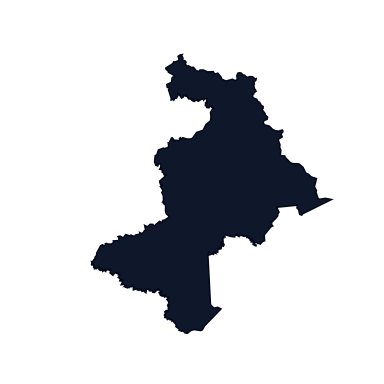 Caucasia, Antioquia, Colombia (orthographic projection), rotated 64°
{"feature_id": "7082276B49158804939428", "entity_name": "Caucasia", "entity_type": "district", "adm_level": 2, "iso_a3": "COL", "parent_name": "Colombia", "parent_adm1": "Antioquia", "projection": "orthographic", "projection_center": [-75.012, 7.838], "detail": "fine", "context": "isolated", "style": "filled", "palette": "ink", "viewbox_px": 384, "rotation_deg": 64, "n_neighbors": 0, "source": "geoboundaries", "source_scale": "gbopen_adm2", "svg_char_len": 6057}
<svg xmlns="http://www.w3.org/2000/svg" viewBox="0 0 384 384"><g transform="rotate(64 192 192)"><path d="M320.4,244.9L320.4,243.1L317.8,239.3L309.8,217.2L306.9,219.5L305.9,223.3L301.4,224.8L255.3,205.2L254.4,204.1L256.1,204.6L256.5,200.9L257.9,199.7L256.5,200.0L256.1,199.1L257.6,197.5L256.7,197.6L256.4,196.7L257.4,195.3L254.2,193.6L255.2,193.0L253.9,191.1L255.4,191.8L255.8,191.0L253.4,188.6L254.9,187.2L254.1,187.5L253.6,186.3L252.2,186.3L251.3,188.7L250.3,188.9L249.9,188.1L250.7,186.0L246.7,184.3L247.1,183.5L246.1,183.0L246.8,182.1L245.5,182.0L245.1,180.6L248.4,177.3L251.1,173.4L249.9,172.4L250.4,170.8L249.7,170.9L249.7,169.9L250.7,170.5L252.7,169.2L251.9,168.5L253.2,165.7L254.2,165.3L254.3,163.8L255.6,164.0L254.0,163.0L255.4,161.8L256.8,162.8L258.0,160.4L258.4,161.2L259.6,160.7L260.6,159.1L260.9,160.6L262.0,159.7L262.7,160.7L263.2,160.0L262.4,158.8L262.7,157.9L266.0,160.1L268.5,158.2L267.8,157.6L266.1,159.1L265.1,157.4L265.6,155.9L267.0,155.6L268.0,153.7L268.8,153.6L267.4,150.0L267.7,148.1L262.4,146.0L257.9,136.5L257.9,134.3L256.7,134.8L255.8,134.3L255.2,135.2L253.8,134.1L254.2,133.4L253.1,130.6L252.5,130.8L252.8,129.2L251.0,125.4L249.2,124.4L248.3,122.6L242.8,122.6L250.1,103.0L252.3,104.7L254.6,103.9L259.3,105.0L260.9,103.6L260.1,102.1L259.9,69.9L256.1,75.0L254.5,80.4L253.2,81.6L246.3,80.6L245.3,79.5L241.0,79.7L234.5,74.2L230.7,78.2L226.8,79.7L224.6,81.5L218.5,81.4L213.7,83.5L210.7,88.9L208.9,90.7L201.6,93.1L200.3,92.8L198.0,96.6L193.1,93.7L190.8,93.8L188.0,92.2L182.5,91.6L182.0,86.7L179.0,86.7L177.9,84.1L176.9,83.5L175.8,83.7L175.3,87.5L173.3,90.4L170.9,92.2L166.7,93.6L163.8,97.0L161.9,97.7L160.6,97.4L159.4,96.0L159.6,92.6L157.8,91.2L154.8,92.4L153.3,91.9L149.4,92.8L148.3,92.6L148.1,91.6L146.4,90.5L144.5,91.8L141.1,91.9L139.5,93.1L137.1,93.1L134.3,95.6L132.8,95.7L130.5,94.2L130.9,93.5L130.0,93.0L129.5,90.2L126.2,90.5L123.3,89.8L122.1,88.5L120.5,88.3L119.5,85.6L118.2,84.6L118.1,85.6L114.9,87.2L113.5,89.6L113.4,91.7L112.1,92.9L110.0,93.5L109.2,94.8L106.7,95.6L105.7,96.8L105.3,98.8L107.2,100.8L110.4,101.8L110.9,102.8L110.7,104.5L108.4,106.2L107.1,112.9L103.6,115.8L101.6,115.5L96.5,116.7L95.9,120.0L93.1,120.1L90.9,125.3L87.2,128.4L85.9,131.4L86.6,132.8L85.0,135.0L80.5,136.0L79.8,138.0L77.1,139.7L76.9,140.9L74.2,142.2L72.9,140.5L71.4,140.6L68.8,142.8L67.8,141.4L64.6,141.4L64.2,140.6L63.6,142.3L63.9,145.0L67.4,145.7L68.0,146.8L67.7,150.5L66.9,151.2L68.2,153.1L69.1,161.2L70.5,161.5L72.5,160.4L74.0,160.7L79.5,156.9L80.9,157.0L80.3,158.8L80.8,160.0L84.4,162.2L84.3,167.6L87.2,168.4L87.7,167.0L88.6,166.9L89.7,168.3L98.8,169.6L100.1,170.5L100.6,168.3L101.5,168.1L100.2,166.4L100.8,164.6L99.0,162.2L97.5,161.8L98.5,160.8L103.0,160.3L102.8,158.2L101.7,157.0L103.4,155.3L102.3,154.5L106.9,154.2L107.6,152.7L108.9,152.0L108.3,151.5L110.1,150.7L110.1,151.5L111.6,150.4L111.0,146.8L112.1,147.4L113.2,146.5L112.7,142.4L113.5,141.2L114.5,141.3L113.7,139.8L114.4,138.4L116.0,138.2L116.8,139.2L118.3,139.4L117.8,140.7L120.3,142.2L121.0,141.4L122.6,141.7L123.8,139.7L122.6,137.2L123.0,136.6L124.6,137.1L125.7,136.2L128.6,140.5L132.4,141.8L136.2,144.2L137.4,149.7L141.4,155.0L140.5,161.7L143.9,168.0L143.8,169.9L142.2,173.3L139.2,176.5L139.6,178.4L138.1,178.7L138.5,179.8L139.3,179.4L140.2,180.7L138.0,184.6L138.2,185.4L134.7,185.9L134.5,186.8L137.7,190.8L137.3,191.8L141.0,193.0L141.4,195.0L140.9,197.8L140.0,198.4L139.5,203.8L143.1,207.2L143.2,209.2L148.6,212.5L152.0,212.8L153.6,211.4L152.1,209.9L153.3,207.6L156.4,209.5L157.4,211.1L159.0,209.0L161.3,210.1L161.9,209.3L164.5,209.5L165.7,207.8L168.0,216.2L169.0,216.7L171.8,217.0L173.0,215.9L173.2,218.0L177.9,217.3L179.2,219.4L182.8,219.4L187.2,221.4L188.1,222.8L188.6,221.9L189.7,222.7L192.3,221.5L197.1,224.0L200.1,224.7L204.3,223.1L205.3,228.6L204.7,230.9L206.6,232.2L204.2,234.0L205.4,239.1L206.5,240.9L203.9,241.4L202.7,243.7L203.7,247.4L201.2,249.2L206.1,250.4L205.8,251.5L207.3,254.0L207.1,255.6L205.6,256.7L207.0,256.9L205.9,261.7L206.8,263.3L204.0,265.6L204.7,266.6L201.2,270.2L203.1,274.0L200.1,275.9L199.6,278.1L202.1,277.9L203.8,280.1L202.9,280.6L201.6,283.8L201.5,284.3L203.1,284.5L203.4,287.5L201.5,291.0L200.8,291.2L200.5,292.6L201.7,293.1L202.0,294.6L200.2,295.5L200.2,297.6L205.0,304.3L207.2,305.6L208.0,307.7L210.0,308.6L209.5,309.1L211.1,312.2L210.6,312.8L212.1,312.9L213.6,311.9L212.3,313.4L213.1,314.1L213.8,314.0L214.3,312.7L215.5,312.4L216.5,313.4L217.4,312.9L218.2,313.4L218.9,311.7L218.4,311.3L218.9,310.8L218.5,308.7L221.0,309.6L222.3,308.8L222.0,307.7L223.3,307.2L222.8,306.8L224.2,307.0L223.6,304.4L224.5,305.0L225.6,304.4L224.6,303.6L225.5,299.8L226.2,300.4L226.7,299.5L228.7,301.1L232.2,299.6L230.8,296.7L232.1,295.3L231.4,295.4L232.4,294.1L231.9,293.9L232.2,293.2L234.2,294.5L234.5,293.2L235.4,293.3L236.5,295.8L240.2,293.3L239.4,295.1L240.2,295.9L241.3,294.1L242.5,293.9L244.3,296.3L245.1,293.7L246.7,293.1L247.0,293.8L247.2,292.5L248.2,292.9L247.3,293.7L248.2,293.8L250.0,291.8L249.4,291.3L250.0,290.2L249.4,290.1L250.2,290.0L249.7,289.3L250.6,288.0L250.1,287.0L251.2,285.7L251.9,285.4L251.6,286.5L254.3,287.6L254.9,283.4L256.4,284.5L255.8,283.3L257.2,282.8L256.6,281.6L257.8,281.0L257.5,280.5L258.2,280.7L258.2,279.9L259.3,280.4L259.6,278.9L262.4,277.6L260.0,275.9L259.2,276.4L260.0,274.3L259.7,273.5L261.6,273.6L261.4,273.1L262.6,273.0L263.4,270.7L264.8,271.3L265.9,269.8L265.2,267.9L264.3,267.9L265.0,266.8L263.9,263.9L265.2,265.4L265.8,264.4L267.6,264.1L268.3,262.6L269.0,263.9L268.1,265.6L270.8,265.6L271.3,264.5L271.7,265.1L272.6,264.3L272.2,263.2L274.2,262.8L273.1,261.3L274.6,261.5L276.7,259.0L277.5,261.7L280.1,261.1L282.9,261.7L282.4,262.6L283.2,263.5L283.8,262.8L284.0,263.7L284.9,263.7L284.7,262.9L285.8,262.9L285.9,264.2L288.6,265.1L287.6,266.3L288.3,267.2L287.4,267.3L287.6,268.9L289.5,269.2L290.5,270.8L291.8,270.7L292.9,271.5L293.8,269.8L295.8,270.0L295.9,267.7L297.2,267.8L297.9,266.1L299.2,266.6L299.0,265.7L301.8,265.2L301.6,264.5L305.5,264.8L306.0,265.5L309.6,263.5L310.6,264.3L312.6,262.3L313.1,260.8L315.3,260.2L317.0,258.2L316.0,253.8L316.5,250.5L320.4,244.9Z" fill="#0f172a" stroke="#020617" stroke-width="1.5"/></g></svg>